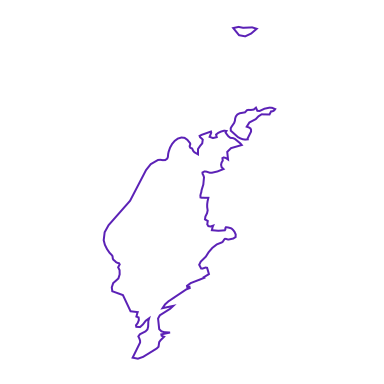 the County of Gotland, rotated 348°
{"feature_id": "SWE-193", "entity_name": "Gotland", "entity_type": "County", "adm_level": 1, "iso_a3": "SWE", "parent_name": "Sweden", "parent_adm1": "", "projection": "natural_earth1", "projection_center": [18.734, 57.653], "detail": "fine", "context": "isolated", "style": "outline", "palette": "violet", "viewbox_px": 384, "rotation_deg": 348, "n_neighbors": 0, "source": "natural_earth", "source_scale": "10m", "svg_char_len": 3222}
<svg xmlns="http://www.w3.org/2000/svg" viewBox="0 0 384 384"><g transform="rotate(348 192 192)"><path d="M243.3,147.8L244.9,148.9L249.4,154.5L250.4,156.4L239.3,157.2L234.8,160.1L234.0,167.7L232.2,165.8L230.2,164.8L228.8,165.2L228.6,167.7L227.1,169.3L226.1,171.4L226.1,173.8L227.6,176.1L221.2,177.2L215.5,177.3L213.5,176.9L210.2,175.0L208.4,174.5L206.3,175.1L206.1,176.4L206.6,178.2L206.8,180.1L204.6,187.1L201.8,192.1L201.0,194.2L200.3,195.4L199.5,197.1L199.2,199.1L200.2,199.6L206.8,201.1L205.3,204.3L204.3,207.1L203.7,209.9L203.5,213.2L202.3,215.9L200.0,218.8L199.0,221.5L201.4,223.6L200.2,226.8L200.9,228.8L202.9,229.6L205.7,229.3L204.9,230.4L203.5,233.5L209.7,235.4L216.1,236.3L216.8,235.6L217.1,234.3L217.9,233.5L219.9,234.2L222.5,235.5L223.3,236.2L224.3,237.7L225.3,239.8L225.9,242.6L225.3,245.1L222.7,246.1L217.8,246.1L217.2,245.9L215.4,244.9L214.4,244.7L213.6,245.2L211.7,247.1L210.7,247.5L205.4,248.4L200.4,250.8L195.8,254.3L192.1,258.1L186.1,261.9L183.9,264.7L185.0,268.7L186.3,269.1L189.6,268.7L191.0,269.3L191.5,275.8L185.8,277.8L186.1,278.5L171.9,280.8L167.6,282.7L167.6,284.2L169.8,284.2L169.8,285.5L166.1,286.1L146.3,294.0L142.3,296.3L139.0,299.5L150.0,299.5L146.3,301.7L134.9,305.9L132.5,308.7L131.4,319.3L133.1,321.9L135.6,323.3L141.3,324.9L132.4,324.9L132.4,326.3L134.6,327.8L130.5,330.4L128.7,332.0L127.1,336.4L125.0,337.7L109.9,343.1L104.4,343.8L99.5,341.7L109.9,328.5L110.3,326.8L110.1,324.7L109.5,322.1L111.5,320.3L117.5,318.7L119.8,317.2L121.1,314.6L122.5,309.0L123.8,306.6L120.0,308.3L116.5,311.3L113.1,313.3L109.5,312.3L109.5,310.7L111.6,308.9L113.4,306.2L113.7,303.6L111.7,302.3L112.3,301.2L113.2,299.3L113.9,298.2L107.1,295.9L103.0,278.5L93.4,272.5L93.7,268.6L96.0,264.7L102.0,261.3L104.1,257.6L104.9,253.4L104.1,250.3L106.2,247.8L105.8,246.5L104.3,245.8L103.0,244.7L102.5,243.8L101.0,241.9L100.7,240.8L100.9,238.2L100.4,237.0L98.7,234.3L97.0,230.2L95.8,225.5L95.6,220.8L98.2,213.2L103.5,207.1L129.6,187.7L151.6,161.0L157.4,156.2L165.4,153.6L167.7,153.9L170.1,154.8L172.5,155.2L174.7,154.2L175.7,152.7L176.6,149.8L177.5,147.8L179.8,144.0L182.6,140.8L185.7,138.4L189.3,136.8L193.0,136.5L196.0,137.5L198.3,140.0L200.2,143.7L200.3,144.7L199.9,145.5L199.4,146.3L199.2,147.1L199.5,148.3L200.2,148.9L201.0,149.3L201.3,150.0L201.7,152.0L202.6,153.6L205.7,156.4L206.8,151.2L209.5,148.6L212.1,146.6L213.4,143.0L212.6,141.7L211.3,140.1L211.1,138.7L213.3,138.1L223.1,136.8L223.1,138.1L220.7,141.7L223.7,143.6L227.6,143.5L227.5,140.8L230.0,139.6L233.1,138.9L236.2,138.7L238.4,139.5L237.2,140.8L238.0,142.7L239.1,145.0L240.8,147.0L243.3,147.8ZM280.2,125.6L285.4,125.6L287.8,126.3L290.6,128.2L289.6,129.1L288.6,129.6L287.4,129.8L286.1,129.6L283.9,132.3L276.2,130.5L272.7,131.8L269.5,134.0L262.6,135.9L259.1,139.5L261.2,140.8L262.4,142.0L262.7,143.4L262.3,145.2L257.7,151.0L257.5,152.1L254.9,151.8L252.5,150.9L250.3,149.5L248.3,147.8L242.7,140.1L243.1,137.7L244.3,136.3L247.6,133.2L248.8,131.2L249.5,129.1L250.6,127.2L252.5,125.6L255.0,124.9L260.4,125.1L262.8,123.4L264.2,123.4L266.6,124.0L269.5,124.2L272.1,122.8L272.8,126.2L275.0,126.8L280.2,125.6ZM289.2,45.8L282.8,49.3L276.4,50.8L270.6,48.4L266.4,40.2L271.9,40.2L276.1,42.0L285.1,43.5L289.2,45.8Z" fill="none" stroke="#5b21b6" stroke-width="2"/></g></svg>